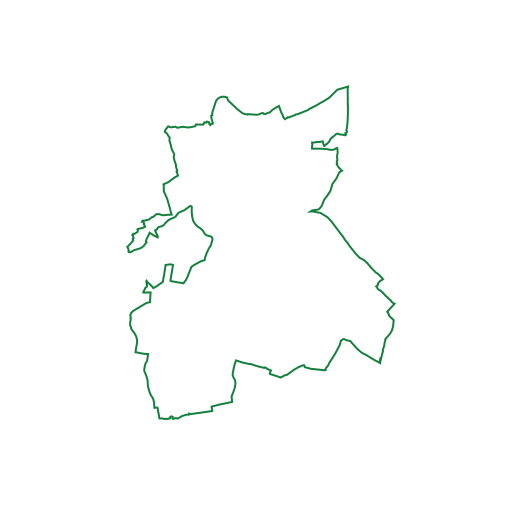 outline of Criseni, Salaj, Romania, rotated 148°
{"feature_id": "2599482B83066193971457", "entity_name": "Criseni", "entity_type": "district", "adm_level": 2, "iso_a3": "ROU", "parent_name": "Romania", "parent_adm1": "Salaj", "projection": "albers", "projection_center": [23.064, 47.251], "detail": "fine", "context": "isolated", "style": "outline", "palette": "green", "viewbox_px": 512, "rotation_deg": 148, "n_neighbors": 0, "source": "geoboundaries", "source_scale": "gbopen_adm2", "svg_char_len": 6155}
<svg xmlns="http://www.w3.org/2000/svg" viewBox="0 0 512 512"><g transform="rotate(148 256 256)"><path d="M334.4,345.5L333.6,345.1L333.7,342.5L334.3,342.4L334.5,339.6L337.5,339.9L342.1,341.6L342.5,341.4L342.6,340.4L343.0,339.8L343.7,339.2L347.2,339.2L348.2,339.8L348.8,339.2L349.4,339.6L349.7,339.4L350.2,336.2L351.5,335.8L351.8,334.3L356.4,332.8L360.3,332.0L360.4,330.4L361.0,328.0L361.9,327.3L361.7,326.5L360.1,325.6L356.6,325.6L349.9,323.8L346.3,323.9L341.5,325.7L341.6,326.7L340.2,328.1L335.5,330.9L333.9,332.1L331.6,327.3L329.5,323.9L329.0,324.4L328.8,325.1L328.6,327.6L328.0,331.2L325.7,331.1L324.6,332.0L323.0,332.1L320.3,331.2L318.6,331.1L317.2,331.3L315.7,331.9L311.3,332.8L308.3,332.6L304.9,332.0L303.5,332.0L298.8,333.7L292.5,332.8L285.3,333.3L284.7,332.7L284.4,332.2L284.4,331.7L287.1,327.6L289.3,323.2L290.7,318.8L290.7,317.1L290.5,314.6L289.9,311.9L288.5,309.0L287.8,306.5L287.6,304.5L287.7,301.9L287.5,300.9L286.6,299.3L284.2,296.8L283.6,295.9L283.6,294.8L283.9,293.6L284.3,292.9L288.7,288.9L291.9,287.4L296.0,284.8L300.0,281.7L301.8,279.7L305.4,280.7L313.3,281.2L316.5,281.0L325.6,274.3L328.8,272.4L330.2,272.1L331.6,271.3L332.0,271.3L341.4,279.7L341.6,280.1L341.4,280.7L331.2,292.3L332.8,294.2L337.4,296.3L345.0,287.5L346.4,286.2L347.5,284.6L348.8,283.4L356.0,283.0L360.1,283.2L360.2,284.9L360.6,286.2L360.8,287.6L361.8,290.6L361.9,293.0L362.3,292.8L362.7,292.1L364.4,288.0L367.0,287.5L367.9,286.7L370.8,285.2L370.9,284.8L370.0,284.1L364.7,281.0L370.4,273.0L373.0,274.0L375.0,274.3L389.7,274.5L392.4,273.6L393.8,272.7L395.1,269.7L395.7,269.3L396.0,268.4L397.9,266.4L399.6,263.6L399.5,263.1L399.7,261.8L400.3,260.9L400.3,258.2L400.0,255.6L400.2,251.5L401.4,247.5L403.6,244.6L407.7,240.1L409.2,238.1L407.9,237.2L405.6,234.9L402.8,232.4L399.5,230.0L403.9,224.8L406.8,223.3L408.7,221.5L411.3,218.5L411.7,217.6L412.2,214.1L413.4,209.1L414.3,207.1L416.4,203.4L417.7,199.6L418.6,196.1L418.9,193.8L418.9,189.5L419.3,188.1L419.9,186.3L422.6,181.1L420.5,180.1L419.9,179.5L420.1,178.8L421.3,176.3L422.3,173.3L423.8,170.0L423.9,169.3L421.5,167.9L420.0,166.3L417.9,165.2L417.2,164.4L416.0,164.4L414.5,163.7L413.9,165.0L412.8,164.9L412.2,164.3L411.9,163.5L412.6,161.8L409.9,161.0L408.8,159.8L407.7,159.5L403.7,159.5L399.0,158.3L397.3,157.1L396.3,157.8L396.1,157.0L395.3,156.6L375.9,148.0L375.1,147.8L373.5,151.8L366.1,149.5L353.6,144.9L351.3,149.5L350.8,150.1L347.6,152.4L343.6,155.7L340.8,159.0L339.6,161.7L339.5,164.5L339.0,167.0L338.5,168.1L334.3,172.7L331.1,175.8L328.2,178.0L323.9,172.8L319.4,168.4L317.2,166.6L313.6,162.2L308.5,156.9L308.1,157.2L307.8,157.1L306.7,155.8L306.3,154.3L304.0,151.0L305.8,149.8L306.7,148.8L306.5,148.3L302.2,143.3L299.7,140.0L299.1,140.1L297.3,139.6L295.9,139.8L292.4,138.8L283.6,139.4L279.2,139.2L274.6,138.6L273.1,137.8L273.5,135.8L269.4,131.4L258.2,122.6L257.3,122.4L256.9,123.3L256.4,123.7L252.5,125.1L250.9,126.3L241.4,130.8L233.3,135.4L231.5,136.7L228.8,139.2L226.3,139.3L225.3,138.8L223.5,136.3L221.0,133.7L220.9,132.2L219.3,123.4L217.8,118.5L217.2,117.2L215.1,113.9L210.9,105.4L207.5,99.5L207.1,100.2L207.2,100.5L206.1,102.0L205.6,102.2L205.2,102.7L205.1,101.9L200.6,106.4L198.9,107.8L198.5,108.8L194.7,112.1L192.7,114.5L190.7,116.2L190.5,116.9L183.9,118.9L180.4,120.7L177.1,123.6L173.2,128.7L174.8,134.7L174.3,136.2L174.2,137.7L174.3,139.2L163.8,142.1L164.8,143.7L165.4,145.4L165.1,146.1L166.1,149.7L166.5,150.5L166.3,151.0L167.0,152.8L168.0,158.4L168.9,161.0L169.7,162.2L169.8,162.9L170.2,163.7L169.9,165.4L170.2,166.5L167.9,166.9L167.3,167.4L167.0,168.1L166.4,168.4L164.2,169.0L160.6,169.0L160.8,170.7L161.8,175.5L163.2,178.8L163.9,181.9L164.6,185.4L165.4,191.0L166.1,193.7L166.8,195.6L169.0,199.4L170.1,204.5L171.3,214.3L171.5,219.8L171.8,220.6L172.0,222.5L172.0,226.3L173.8,246.0L174.8,250.9L178.0,257.4L179.0,259.0L180.4,260.0L182.9,262.5L184.8,264.1L186.2,264.8L184.2,264.9L178.9,262.5L177.4,262.5L174.7,263.2L172.7,264.4L168.2,267.7L164.5,269.0L158.5,271.7L153.0,276.6L146.6,279.2L141.0,282.8L137.9,282.7L138.4,284.4L138.5,286.0L139.0,287.4L138.9,291.2L138.1,291.3L137.3,293.6L136.0,294.3L135.2,296.4L133.9,298.3L131.9,300.4L130.3,303.5L130.0,304.7L134.5,305.2L137.2,307.1L139.6,309.4L145.1,313.3L151.5,317.3L150.7,318.9L149.2,320.5L148.7,321.9L148.3,322.5L146.6,321.4L144.1,320.5L142.3,319.3L138.7,317.9L140.0,313.4L139.7,313.1L137.3,313.6L136.7,313.4L133.3,314.2L130.9,315.8L129.8,315.8L129.2,316.3L128.1,316.2L123.5,316.9L122.0,316.6L120.9,315.0L118.4,313.1L116.2,311.0L115.6,311.2L115.6,311.5L114.9,311.7L115.0,312.7L114.4,312.5L112.8,313.3L112.9,314.3L112.6,315.0L111.7,315.7L108.1,320.1L103.1,327.3L98.2,335.1L98.3,335.3L97.6,336.1L96.1,339.0L95.7,339.3L89.9,348.9L88.7,350.4L88.3,350.5L88.1,350.9L98.5,353.8L100.4,353.7L101.5,353.3L110.4,351.4L117.4,351.4L118.8,351.6L124.7,351.7L132.3,352.4L134.9,352.3L145.2,354.1L147.3,355.0L148.7,354.7L149.7,355.3L151.6,355.4L153.3,356.1L154.6,356.0L155.5,356.8L156.9,356.5L157.5,356.8L159.0,356.7L159.4,358.7L158.6,361.9L158.5,364.5L157.0,371.0L159.5,371.3L164.9,371.2L167.7,370.5L172.6,371.4L174.0,372.1L174.1,373.1L175.1,374.0L179.3,374.8L180.4,375.3L187.7,380.6L188.1,380.3L189.3,381.4L191.3,383.5L192.1,385.0L194.1,390.7L197.1,402.2L197.2,403.3L196.5,405.8L198.5,407.9L200.3,409.0L202.9,409.7L204.3,409.7L206.9,409.1L208.2,408.3L216.6,401.2L217.6,400.1L218.5,398.5L219.7,398.7L221.0,395.8L222.1,391.8L222.6,391.1L223.8,391.7L225.5,391.3L225.5,393.1L225.5,393.3L225.1,393.6L225.0,394.5L226.5,396.0L227.4,395.4L228.9,396.7L231.0,395.3L237.3,399.4L238.4,398.4L238.9,398.3L244.0,400.2L245.9,401.3L249.0,403.9L250.8,404.9L254.6,406.3L255.9,408.4L260.0,410.2L261.0,411.3L261.2,412.0L261.8,412.5L265.9,411.0L267.0,410.3L267.5,409.4L267.0,408.4L266.6,407.0L266.7,404.1L266.4,402.2L268.2,399.9L269.6,394.7L270.3,393.2L271.0,390.2L271.3,386.6L271.8,384.9L273.1,383.9L273.6,383.1L274.6,380.0L275.8,375.0L276.4,374.6L277.7,369.8L278.6,369.8L279.5,365.5L283.5,365.7L291.5,365.1L296.4,365.8L296.4,365.4L299.9,359.8L301.0,351.6L304.0,341.2L304.8,339.0L305.6,335.8L310.9,338.7L312.8,339.5L314.0,340.4L315.8,342.7L317.7,344.0L318.6,344.2L322.6,343.6L323.6,344.1L327.2,343.6L332.3,345.2L333.4,346.1L334.4,345.5Z" fill="none" stroke="#15803d" stroke-width="2"/></g></svg>